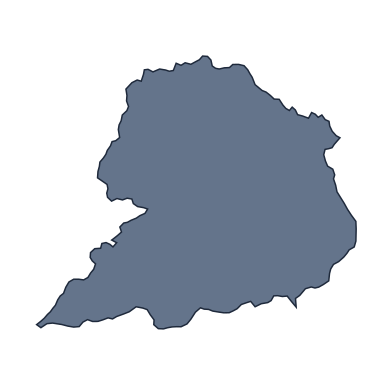 Itatiba, São Paulo, Brazil, rotated 177°
{"feature_id": "56859067B5628063584569", "entity_name": "Itatiba", "entity_type": "district", "adm_level": 2, "iso_a3": "BRA", "parent_name": "Brazil", "parent_adm1": "São Paulo", "projection": "robinson", "projection_center": [-46.798, -23.014], "detail": "fine", "context": "isolated", "style": "filled", "palette": "slate", "viewbox_px": 384, "rotation_deg": 177, "n_neighbors": 0, "source": "geoboundaries", "source_scale": "gbopen_adm2", "svg_char_len": 2659}
<svg xmlns="http://www.w3.org/2000/svg" viewBox="0 0 384 384"><g transform="rotate(177 192 192)"><path d="M338.1,68.4L329.0,66.5L323.0,64.6L317.2,63.3L311.7,63.5L307.7,67.8L303.0,70.0L298.0,67.9L292.7,67.7L287.7,69.0L282.4,70.7L278.0,69.4L273.8,71.6L266.9,73.7L260.9,75.7L253.8,80.3L247.3,78.7L242.9,76.9L240.1,71.6L236.6,66.3L237.1,61.5L232.8,57.3L227.6,56.8L223.7,57.7L219.0,58.3L214.2,58.3L210.0,58.0L203.9,60.5L199.9,64.9L197.2,68.6L194.9,71.8L189.6,75.9L186.0,74.4L181.6,73.9L177.5,72.0L172.5,70.9L166.6,69.7L161.2,69.5L157.2,71.1L153.0,73.1L148.6,77.1L143.0,78.7L139.1,79.7L135.0,74.1L128.7,76.8L122.1,77.6L118.7,79.4L115.8,84.0L111.9,84.0L107.2,82.9L102.4,83.1L98.0,76.9L94.0,71.6L94.2,80.3L89.8,83.1L83.8,89.5L77.9,90.9L74.2,89.7L70.4,90.4L65.4,92.9L60.1,96.1L58.9,103.5L57.5,107.9L54.5,112.3L49.2,114.8L43.8,119.1L40.4,122.8L38.1,126.0L32.9,128.6L30.9,134.4L30.0,146.5L29.9,154.1L34.1,160.5L37.6,166.5L40.6,172.7L47.2,184.6L48.2,191.3L50.0,197.7L48.6,201.6L50.2,207.4L55.2,210.7L57.1,215.9L58.5,222.3L56.9,227.6L53.3,228.1L49.8,228.9L47.4,232.2L41.4,238.4L45.1,240.7L48.8,245.3L51.0,250.6L51.5,255.4L55.2,257.3L58.3,262.1L62.1,260.0L64.8,263.2L68.4,265.1L71.8,259.6L77.6,262.1L82.5,263.7L84.5,268.5L87.5,271.5L90.5,268.3L94.0,270.6L96.7,274.1L100.1,280.0L105.1,280.5L108.5,284.1L112.8,287.9L116.7,289.7L119.6,292.4L123.4,295.9L125.9,303.4L128.0,307.1L130.0,311.2L133.4,315.4L138.8,317.0L144.6,317.2L148.1,314.3L153.3,314.3L158.4,313.4L162.0,314.3L165.2,316.8L166.2,322.8L169.4,326.6L174.3,327.2L177.7,323.7L181.8,321.8L186.4,319.6L192.1,321.4L196.3,319.1L201.1,321.4L204.3,314.3L208.4,313.8L212.0,315.2L217.9,316.5L224.7,314.0L229.5,316.8L233.2,316.5L234.3,312.0L236.9,305.3L240.9,306.7L246.3,304.3L252.6,298.2L251.9,291.8L252.6,286.4L250.9,280.7L252.8,276.6L257.6,272.5L259.0,266.9L261.3,262.8L262.3,258.2L261.4,250.2L265.5,247.2L269.2,246.5L271.0,242.3L274.4,238.0L276.0,234.2L278.7,230.6L282.4,226.7L283.2,222.3L284.8,217.5L285.6,211.1L276.4,204.0L275.8,199.6L277.2,195.3L276.6,191.1L272.8,187.1L267.3,189.4L261.8,187.7L257.1,189.2L252.4,188.1L251.2,183.5L247.1,180.3L241.1,178.9L237.2,177.3L240.1,173.1L245.3,171.1L249.0,168.8L254.2,167.0L258.1,165.1L261.8,164.6L265.9,160.8L264.5,155.7L269.5,151.8L274.7,148.2L269.9,145.3L273.8,141.3L276.8,144.1L280.5,146.0L284.7,145.3L286.2,140.6L292.1,140.5L296.5,136.8L297.1,132.0L295.2,128.4L292.1,125.3L294.2,120.0L297.5,116.4L300.4,112.1L304.8,109.9L309.5,110.8L314.7,111.1L319.6,108.6L323.0,103.5L325.6,97.5L329.0,95.1L331.7,91.4L334.3,86.1L337.0,83.2L339.7,79.8L342.7,77.3L346.1,73.7L349.6,70.9L354.1,67.7L350.0,64.4L343.8,68.1L338.1,68.4Z" fill="#64748b" stroke="#1e293b" stroke-width="1.5"/></g></svg>